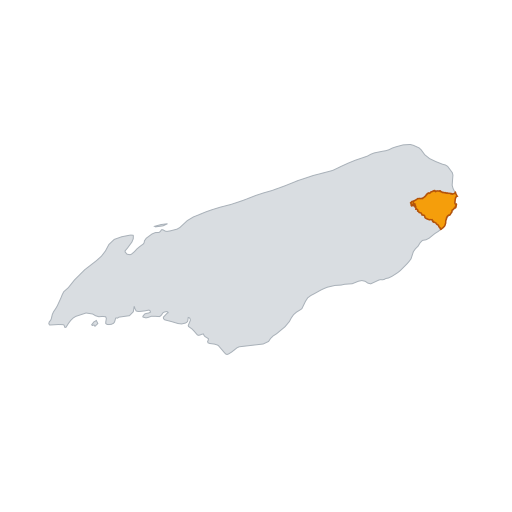 location of Ampanihy Ouest, Atsimo-Andrefana, Madagascar, rotated 235°
{"feature_id": "10022922B9355726550011", "entity_name": "Ampanihy Ouest", "entity_type": "district", "adm_level": 2, "iso_a3": "MDG", "parent_name": "Madagascar", "parent_adm1": "Atsimo-Andrefana", "projection": "natural_earth1", "projection_center": [44.601, -24.59], "detail": "fine", "context": "in_parent", "style": "filled", "palette": "amber", "viewbox_px": 512, "rotation_deg": 235, "n_neighbors": 0, "source": "geoboundaries", "source_scale": "gbopen_adm2", "svg_char_len": 8470}
<svg xmlns="http://www.w3.org/2000/svg" viewBox="0 0 512 512"><g transform="rotate(235 256 256)"><path d="M326.5,58.3L327.7,61.5L329.1,64.6L333.5,72.1L335.4,75.0L337.0,78.0L337.7,84.1L340.5,93.6L343.0,107.9L343.7,122.5L344.5,129.3L346.5,135.6L349.8,142.1L350.9,149.4L348.8,157.0L345.7,164.0L345.0,165.4L343.5,167.2L342.9,167.1L340.5,165.3L338.6,162.3L336.2,155.2L335.3,151.7L334.3,151.1L331.4,151.4L329.3,153.6L328.9,155.0L329.3,159.0L330.1,162.6L330.4,166.2L330.5,170.8L331.2,172.2L332.4,173.3L333.5,176.3L333.7,183.4L332.9,187.0L330.9,190.1L331.0,191.8L331.7,193.6L331.0,194.7L328.3,196.0L327.2,197.2L325.7,200.3L323.3,206.7L323.0,210.0L324.4,220.0L323.9,227.1L320.8,240.6L319.0,247.0L316.5,254.7L312.7,264.8L308.9,277.5L305.7,290.6L303.3,298.5L300.6,306.2L296.9,319.9L293.7,333.8L289.1,349.1L282.7,366.2L282.0,368.4L280.6,377.1L279.2,384.7L277.5,392.2L273.9,404.6L273.5,408.4L272.6,412.0L269.2,419.8L267.8,422.7L266.8,425.8L266.2,429.7L265.1,433.4L262.6,440.3L258.9,446.3L256.4,448.4L251.0,451.6L248.2,452.2L242.2,452.3L236.3,454.0L230.1,457.5L224.2,461.4L222.0,463.3L219.5,464.4L211.7,464.6L209.3,463.7L201.5,457.3L198.5,456.2L192.8,455.3L191.1,454.8L189.5,453.9L187.2,450.5L182.6,447.7L181.5,446.8L180.8,444.8L180.3,442.7L179.1,440.3L178.2,435.8L176.7,432.6L172.4,427.0L172.0,425.2L171.6,419.3L171.8,415.3L171.3,407.9L171.8,404.5L173.3,401.3L172.7,398.0L171.1,394.4L170.5,390.8L169.3,387.4L164.8,381.4L163.8,378.5L163.0,375.4L161.3,365.9L161.1,362.5L161.4,355.5L162.0,351.9L163.1,349.4L163.3,347.5L164.0,345.9L165.1,344.6L165.8,343.0L167.4,334.0L169.6,332.1L172.7,330.9L175.2,328.6L176.6,325.4L178.1,318.9L182.0,312.4L183.4,309.0L186.6,303.8L189.5,296.6L190.3,293.2L190.9,289.7L191.7,282.0L192.2,278.2L192.1,274.4L190.5,270.5L186.6,263.5L186.5,262.1L186.8,256.9L186.4,253.1L185.0,249.3L183.2,245.8L181.4,239.1L180.5,228.2L180.7,224.2L180.1,220.6L178.8,217.3L179.8,211.4L191.3,190.1L191.7,187.6L191.3,181.1L191.5,177.3L191.9,175.9L192.8,175.1L194.8,174.7L204.2,173.8L205.4,173.2L207.7,171.4L210.9,167.9L212.4,166.9L213.7,167.3L214.5,168.7L215.6,169.6L219.3,168.0L220.8,167.9L222.3,168.2L223.0,166.7L223.4,164.8L224.0,163.4L225.0,162.7L229.9,162.2L233.0,161.7L237.0,160.3L237.9,160.6L241.1,165.5L242.1,165.9L243.4,166.1L244.5,165.2L241.8,162.7L241.4,161.2L241.6,159.6L243.0,156.1L245.4,153.4L250.6,149.3L256.1,144.6L257.7,144.3L259.0,145.0L260.1,150.6L259.9,151.5L260.8,151.6L261.8,150.9L262.7,148.7L262.8,146.8L262.0,145.1L261.7,143.6L261.7,142.2L264.4,138.9L266.6,135.8L267.7,132.0L268.5,130.3L270.8,128.4L271.5,128.7L272.0,130.3L272.3,131.9L271.7,133.6L270.9,135.2L270.5,137.4L271.8,137.8L273.1,137.3L274.9,133.3L276.9,129.6L278.1,127.7L279.7,126.3L282.2,126.6L284.7,127.4L280.7,123.5L279.7,118.1L284.5,108.7L284.6,106.8L285.3,106.2L285.6,105.4L283.1,102.3L282.6,100.7L283.0,98.4L284.2,96.2L285.3,94.8L286.8,94.2L288.0,95.0L290.7,97.6L292.5,98.0L294.6,95.5L296.4,92.4L299.1,90.3L302.2,88.9L306.8,84.1L309.9,73.8L310.1,70.8L309.5,67.2L308.4,63.8L306.6,59.5L307.1,58.5L309.6,59.1L310.5,58.5L313.3,54.7L317.8,47.4L319.3,47.4L320.6,48.8L321.1,50.8L321.9,52.2L325.0,55.7L326.5,58.3ZM294.8,87.0L294.8,88.2L291.4,87.7L290.8,83.8L292.5,83.7L292.9,82.1L293.9,81.9L295.0,85.4L294.8,87.0ZM336.2,196.3L333.2,202.0L334.0,197.2L337.5,190.4L338.5,189.9L336.2,196.3Z" fill="#d9dde1" stroke="#a8b0b8" stroke-width="1"/><path d="M180.7,421.8L180.2,422.1L179.9,422.3L179.0,422.2L178.5,422.3L178.3,422.4L178.1,422.3L177.9,422.4L177.7,422.5L177.5,422.8L177.4,422.9L177.1,422.8L176.7,422.9L175.6,422.9L175.2,422.6L174.8,422.6L174.5,422.7L174.2,422.8L173.9,422.8L173.7,423.0L173.4,423.0L173.3,422.9L173.1,422.9L173.0,422.7L172.9,422.6L172.3,422.6L171.8,422.6L171.7,423.4L171.9,424.1L171.9,424.9L171.9,425.7L172.0,426.3L172.2,426.7L172.3,427.5L172.7,428.3L173.2,429.0L173.7,429.5L174.0,429.9L174.1,430.2L174.5,430.5L175.5,431.2L176.4,432.0L176.7,432.5L176.8,432.7L176.9,433.0L177.7,433.6L178.2,434.4L178.4,434.6L178.4,434.8L178.6,435.2L178.8,435.5L178.9,436.2L178.9,436.5L179.0,437.0L178.9,437.6L178.6,437.7L178.4,438.0L178.4,438.3L178.5,438.8L178.6,439.1L178.8,439.3L178.9,439.6L179.2,440.0L179.3,440.3L179.4,440.9L179.4,441.2L179.8,441.7L180.7,442.5L181.0,442.8L181.0,443.0L181.1,443.5L181.0,444.3L181.1,444.7L181.3,445.1L181.5,445.8L181.4,446.1L181.1,446.4L181.1,446.6L181.1,447.4L181.3,447.4L181.5,447.0L181.8,447.2L182.0,447.3L182.1,447.5L182.3,447.6L182.2,447.6L182.2,448.0L182.3,448.3L182.5,448.6L182.4,448.6L182.1,448.4L182.0,448.5L182.4,448.9L182.9,449.4L183.1,449.6L183.4,449.9L183.5,449.9L183.4,449.6L183.1,449.3L183.2,449.2L183.3,449.3L183.5,449.4L184.2,449.1L184.6,449.1L184.9,449.1L185.6,449.5L186.1,449.8L186.3,450.1L186.6,450.3L187.2,450.9L187.4,451.0L187.8,451.4L188.3,451.9L188.6,452.2L189.3,452.9L189.7,453.9L189.8,454.4L189.8,454.8L189.6,455.1L190.8,455.2L191.8,455.3L192.4,455.4L193.4,455.8L193.9,455.9L193.9,455.7L193.6,455.4L193.5,455.1L193.4,454.8L193.4,454.4L193.6,453.7L193.8,453.2L193.9,452.6L194.0,452.5L194.3,452.5L194.4,452.4L194.2,452.1L194.3,452.0L194.7,452.1L194.9,452.0L194.9,451.7L195.3,451.6L195.5,451.4L195.4,451.2L195.8,451.1L196.0,450.9L196.2,450.6L196.5,450.3L196.7,449.9L196.8,449.8L197.3,449.4L197.6,449.2L197.7,448.8L197.7,448.6L197.9,448.5L198.1,448.6L198.3,448.3L198.2,448.0L198.3,447.8L198.4,447.7L198.8,447.7L199.1,447.7L199.3,447.5L199.4,446.9L200.0,446.6L200.2,446.4L200.4,446.2L200.6,446.0L200.6,445.9L200.6,445.6L201.1,445.6L201.3,445.4L201.4,445.0L201.8,444.9L202.0,444.8L202.2,444.7L202.4,444.7L202.5,444.5L202.9,444.4L202.9,444.2L203.1,444.0L203.4,444.1L203.5,444.1L203.5,444.3L203.8,444.3L203.9,444.2L204.1,443.7L204.1,443.4L204.1,443.2L204.3,443.1L204.6,442.7L204.9,442.4L205.0,442.2L205.5,441.7L205.7,440.9L205.7,440.7L205.9,440.5L205.7,440.1L205.9,440.0L206.0,440.1L206.1,439.9L206.4,439.9L206.7,440.1L206.8,440.1L207.1,440.0L207.1,439.9L207.0,439.6L207.0,439.4L207.2,439.1L207.5,439.1L207.6,438.7L207.5,438.3L207.8,437.7L207.7,437.4L207.7,437.2L208.0,436.6L208.2,436.3L208.1,436.0L207.9,435.5L207.9,435.3L207.8,435.1L207.8,434.8L208.0,434.4L207.9,434.2L208.1,434.1L208.4,433.8L208.5,433.7L208.8,433.4L208.7,433.0L208.6,432.8L208.8,432.6L208.7,432.3L208.8,432.1L208.8,431.8L208.5,431.6L208.5,431.3L208.6,431.2L208.6,430.9L208.4,430.8L208.3,430.7L208.2,430.6L208.2,430.4L208.3,430.2L208.2,430.0L208.1,429.9L208.0,429.7L208.0,429.3L208.0,429.2L207.9,429.1L207.7,428.6L207.8,428.5L207.9,428.4L207.9,428.2L207.8,427.9L207.7,427.6L207.7,427.2L207.8,426.8L207.7,426.6L207.8,426.4L207.8,426.1L207.8,425.8L207.6,425.5L207.9,425.4L208.1,425.2L208.1,424.6L208.4,424.0L208.7,423.8L209.0,423.2L209.5,422.8L209.6,422.4L209.9,421.9L210.3,421.3L210.2,420.7L210.2,420.0L210.3,419.5L210.2,419.2L210.3,418.9L210.2,418.7L210.3,418.5L210.4,418.3L210.4,417.8L210.5,417.3L210.5,416.8L210.7,416.6L210.6,416.4L210.6,416.2L210.4,416.2L210.5,415.8L210.9,415.7L211.2,415.3L211.2,414.8L211.1,414.4L210.9,414.2L211.0,413.6L211.0,413.2L210.8,413.1L210.6,413.0L210.3,413.1L210.1,413.2L209.7,413.1L209.5,412.9L209.2,412.8L209.1,412.6L208.9,412.7L208.7,412.5L208.4,413.4L208.4,413.6L208.3,414.8L209.2,415.4L208.3,415.5L207.7,415.8L207.8,415.4L207.6,415.5L207.2,415.5L207.3,415.3L207.7,415.3L207.8,414.8L207.3,414.8L207.2,414.3L207.0,414.5L206.9,414.3L207.3,414.2L207.8,413.9L207.8,413.7L207.4,413.5L207.4,413.4L208.1,413.5L208.2,412.9L208.0,412.7L208.0,412.9L207.7,413.0L207.2,413.5L207.3,413.7L207.2,413.8L207.0,414.1L206.6,414.2L206.7,414.4L206.5,414.5L206.7,414.8L206.8,415.2L206.6,415.4L206.2,415.5L205.2,415.3L205.3,415.0L205.4,414.7L205.2,414.6L205.1,415.0L204.8,414.9L204.7,414.6L204.7,414.4L204.4,414.4L204.2,414.7L203.9,414.5L203.7,414.5L203.5,414.4L203.1,414.5L203.0,414.3L202.8,413.9L202.7,413.8L202.3,414.4L202.1,414.4L201.8,414.6L201.5,414.9L201.4,414.9L201.2,414.9L201.1,414.7L200.5,414.7L200.2,414.2L199.9,414.2L199.6,414.5L199.4,414.6L198.8,414.7L198.6,414.6L198.0,414.6L197.7,415.0L197.4,415.1L197.2,415.3L197.0,415.6L196.4,415.9L196.1,415.9L195.8,415.9L195.6,415.7L195.2,415.8L194.9,415.8L194.5,415.5L194.4,415.5L194.0,416.1L193.8,416.2L193.5,416.2L193.4,416.3L193.3,416.5L193.3,416.8L193.1,417.0L191.8,417.1L191.4,416.9L191.1,416.6L190.0,416.5L189.6,416.7L188.7,417.3L188.6,417.2L188.3,417.5L188.0,417.5L187.5,417.9L187.1,418.2L186.3,418.7L186.1,418.9L186.1,419.1L185.9,419.6L185.5,420.0L185.1,420.4L184.8,421.1L184.4,421.1L184.2,421.0L183.8,420.8L183.7,421.0L183.4,421.1L183.1,420.9L182.8,420.6L182.4,421.1L182.0,420.8L181.9,420.8L181.7,420.9L181.6,421.2L181.1,421.7L180.7,421.8Z" fill="#f59e0b" stroke="#b45309" stroke-width="1.5"/></g></svg>